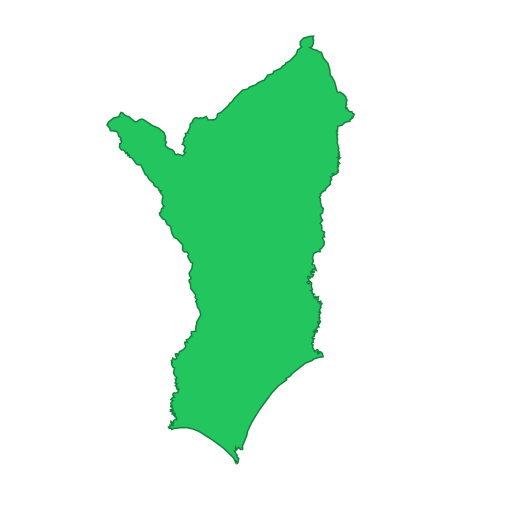 Pemalang, Jawa Tengah, Indonesia, rotated 160°
{"feature_id": "22746128B43122306499336", "entity_name": "Pemalang", "entity_type": "district", "adm_level": 2, "iso_a3": "IDN", "parent_name": "Indonesia", "parent_adm1": "Jawa Tengah", "projection": "natural_earth1", "projection_center": [109.395, -7.01], "detail": "fine", "context": "isolated", "style": "filled", "palette": "green", "viewbox_px": 512, "rotation_deg": 160, "n_neighbors": 0, "source": "geoboundaries", "source_scale": "gbopen_adm2", "svg_char_len": 6147}
<svg xmlns="http://www.w3.org/2000/svg" viewBox="0 0 512 512"><g transform="rotate(160 256 256)"><path d="M141.0,442.4L142.3,439.0L141.6,436.8L146.6,435.2L149.0,431.9L157.3,427.8L161.9,427.2L163.3,425.8L166.2,425.4L168.5,423.9L176.3,423.4L177.9,421.5L183.0,422.0L188.4,418.2L189.4,418.6L194.8,418.1L197.4,417.0L204.3,417.0L206.7,415.7L211.7,416.5L222.6,411.5L225.7,409.2L228.3,408.5L230.6,406.7L240.4,402.7L242.9,402.9L244.1,402.0L245.1,399.7L248.3,398.2L254.4,400.2L255.0,404.2L259.0,403.7L261.2,405.0L262.7,404.6L264.8,406.6L267.1,406.3L269.6,404.6L270.0,403.6L272.7,402.5L274.0,399.6L277.8,395.8L277.8,394.9L280.5,395.3L280.8,393.2L284.1,390.6L284.4,388.7L287.1,386.1L285.7,385.1L285.3,382.3L288.4,378.7L287.0,377.2L290.2,375.2L294.7,378.6L296.2,378.4L297.4,379.7L297.3,382.1L298.5,384.7L300.9,386.4L303.0,389.5L303.4,391.5L301.2,393.6L302.1,395.9L300.3,398.4L300.2,403.3L303.9,409.6L308.4,413.6L315.5,423.2L318.0,424.0L322.2,423.0L323.7,423.4L327.8,430.3L330.9,432.7L332.2,435.8L333.8,437.1L337.4,433.8L342.6,434.4L348.7,432.4L351.2,430.1L349.8,426.4L350.0,423.6L344.6,421.0L343.7,418.9L344.0,415.2L342.7,413.5L342.8,412.3L343.6,412.0L343.2,409.7L344.6,407.9L345.7,408.0L347.1,405.0L346.2,401.7L344.7,401.3L343.4,399.3L343.2,396.8L341.6,397.1L342.0,394.2L340.6,394.4L341.2,392.4L338.8,390.2L337.0,383.6L335.5,381.9L333.0,380.9L332.2,370.8L330.8,368.5L330.3,364.9L327.4,359.3L327.6,357.2L326.7,355.5L324.8,354.0L324.6,350.4L322.9,349.7L324.3,348.8L323.0,344.5L323.3,342.9L325.1,340.7L326.3,337.4L325.4,334.3L326.4,334.1L327.0,332.8L328.4,332.9L330.6,329.6L332.1,329.4L332.3,326.8L330.8,322.6L328.9,320.9L328.8,316.2L326.3,313.2L327.2,306.4L326.6,301.3L324.4,299.3L321.1,291.6L323.0,286.8L322.0,284.3L319.1,283.3L318.8,280.5L320.2,279.3L320.2,277.7L319.4,272.3L317.9,271.1L320.8,265.8L324.8,262.6L325.2,260.0L324.4,258.4L325.5,256.5L326.6,256.6L327.4,255.7L327.6,254.1L327.0,253.1L328.4,247.8L326.0,240.0L327.5,237.7L326.2,235.2L328.3,233.8L327.9,231.4L328.5,228.0L327.5,224.2L328.1,219.5L334.6,213.9L334.5,213.0L336.8,210.0L338.2,205.8L342.5,207.0L343.3,205.8L343.7,202.8L344.7,202.9L347.6,201.0L350.2,200.9L349.9,198.3L352.1,199.4L352.7,199.0L353.0,194.6L356.4,192.8L360.5,192.3L363.2,189.3L363.5,191.2L365.3,191.5L365.7,189.5L365.1,187.6L365.8,186.8L367.4,186.5L369.2,188.5L369.9,187.2L371.4,186.5L371.1,184.6L371.9,184.6L371.8,183.8L372.4,183.2L372.1,180.0L370.8,178.7L373.5,174.4L373.1,171.2L372.0,168.7L372.8,167.7L373.9,168.0L374.0,165.3L375.2,164.8L375.3,163.9L373.8,162.8L376.2,161.7L374.7,160.3L375.8,159.5L375.6,157.4L374.2,157.9L374.1,157.0L376.3,154.5L378.5,154.5L379.6,155.4L381.1,154.9L381.7,153.9L381.0,151.1L382.8,151.6L385.2,150.2L383.5,148.5L386.4,146.9L386.1,145.2L387.7,144.0L387.4,143.1L386.1,143.1L386.8,140.8L387.9,140.8L386.6,139.9L386.6,138.9L387.3,138.5L388.9,140.3L389.6,139.4L388.0,138.2L388.1,136.9L389.4,136.0L386.3,136.5L386.2,135.7L388.3,134.1L386.1,134.9L387.3,132.7L386.0,131.8L386.5,129.3L387.6,130.1L389.8,129.3L390.9,127.2L392.5,129.7L393.1,128.6L392.0,125.3L394.5,126.6L395.1,125.3L396.8,125.2L396.5,123.7L394.9,123.4L394.5,121.7L392.5,122.0L386.5,120.7L379.5,118.3L374.5,115.1L369.9,111.0L359.6,97.7L352.3,86.6L346.2,74.1L345.7,69.2L345.0,70.3L344.5,69.7L344.8,67.5L343.7,67.9L341.5,71.6L342.6,73.8L341.8,75.3L342.4,75.8L342.8,80.2L341.8,80.0L340.6,82.9L340.2,80.7L338.0,82.3L336.7,79.5L334.8,78.8L334.1,80.3L334.5,80.9L333.0,82.8L326.2,90.3L323.7,94.4L316.7,101.3L305.7,110.1L287.5,122.2L279.2,126.4L269.5,129.1L270.0,130.7L265.5,131.3L261.8,133.3L246.4,138.4L239.1,138.6L237.2,139.4L231.0,139.2L227.5,138.3L227.0,141.6L227.9,143.7L229.0,144.2L231.0,142.5L231.8,143.4L230.0,145.3L230.0,146.7L230.9,147.1L233.4,146.0L234.1,151.0L232.8,152.8L233.7,154.7L232.8,155.6L231.8,155.3L231.0,157.6L229.7,158.3L231.0,159.2L231.1,160.3L228.5,160.9L228.4,161.9L227.0,162.9L227.8,165.1L224.7,163.7L224.0,164.8L226.0,165.5L226.2,166.4L224.7,166.5L222.9,167.8L221.1,167.8L221.8,168.8L219.6,171.0L220.8,171.3L220.5,173.0L218.7,171.6L217.8,172.3L218.4,174.5L217.2,175.8L217.8,176.5L217.0,177.0L216.7,179.3L214.8,180.4L216.1,181.6L215.8,182.2L214.8,181.8L214.6,184.0L212.5,185.4L212.8,186.7L210.3,188.7L211.0,189.5L210.7,191.2L212.3,190.0L212.2,191.5L213.7,191.8L211.2,196.4L213.0,196.5L213.8,197.4L214.3,195.8L214.7,197.0L215.6,196.9L215.5,199.7L214.3,200.1L215.9,201.8L215.4,203.6L216.5,204.9L214.5,205.1L214.5,208.2L212.9,211.9L214.1,213.9L214.9,213.9L215.3,211.9L217.0,212.5L217.3,213.6L214.6,214.7L214.8,218.2L214.3,219.0L213.2,218.8L212.9,216.6L211.2,217.6L210.0,217.1L208.3,218.7L210.4,220.5L209.7,222.8L208.9,222.9L208.6,221.4L207.6,220.6L206.7,220.9L206.6,221.8L208.1,222.8L207.5,224.2L206.1,224.0L204.3,222.0L204.3,227.3L206.2,229.2L203.9,231.4L203.4,235.3L200.9,238.6L196.6,239.1L194.1,238.1L193.8,240.4L191.8,240.7L188.1,243.5L187.0,246.2L187.5,249.9L186.2,250.9L185.0,250.5L185.2,252.6L183.5,254.6L183.6,255.5L185.0,256.4L185.3,257.9L183.9,261.9L184.6,264.8L181.1,266.8L181.8,269.0L181.4,272.9L178.7,273.8L176.5,277.7L177.6,280.0L177.1,284.4L175.9,287.7L176.4,289.6L174.5,290.8L174.3,292.5L172.9,292.6L171.9,293.7L170.6,293.5L170.3,294.3L168.7,293.8L166.8,296.0L161.4,298.0L160.6,301.0L158.8,301.9L158.9,304.9L157.6,304.5L156.5,305.7L155.2,305.4L155.6,307.0L153.1,305.5L150.2,306.7L150.6,307.5L149.5,308.0L149.0,311.7L148.0,311.7L148.3,313.2L147.0,313.5L147.5,315.2L145.8,314.7L146.6,317.0L145.6,318.6L144.2,318.9L145.6,320.5L143.5,320.1L144.3,321.2L143.0,322.1L143.8,322.7L143.0,323.4L143.7,324.2L142.3,324.9L142.6,327.6L141.5,328.4L140.9,334.8L139.4,337.9L138.8,341.7L137.8,342.0L138.1,344.7L136.8,345.1L137.0,346.4L136.2,346.6L134.8,350.0L130.5,349.5L126.4,351.2L121.6,350.5L121.3,351.7L118.6,352.5L118.3,353.5L117.6,353.0L115.2,355.6L116.4,357.2L116.5,358.7L119.4,360.2L119.9,364.3L121.1,364.0L120.4,366.4L119.1,367.1L119.0,368.8L117.1,371.5L117.7,372.6L117.2,374.8L118.5,378.0L121.0,381.3L122.9,381.5L123.5,382.3L122.6,392.2L123.2,397.6L124.4,400.4L122.9,406.1L122.5,412.3L124.9,418.7L124.9,425.0L127.4,426.7L128.3,428.6L131.0,430.0L134.1,433.5L131.9,433.5L129.5,436.0L127.9,439.6L128.4,440.8L126.7,442.9L129.9,443.9L136.8,444.5L141.0,442.4Z" fill="#22c55e" stroke="#15803d" stroke-width="1.5"/></g></svg>